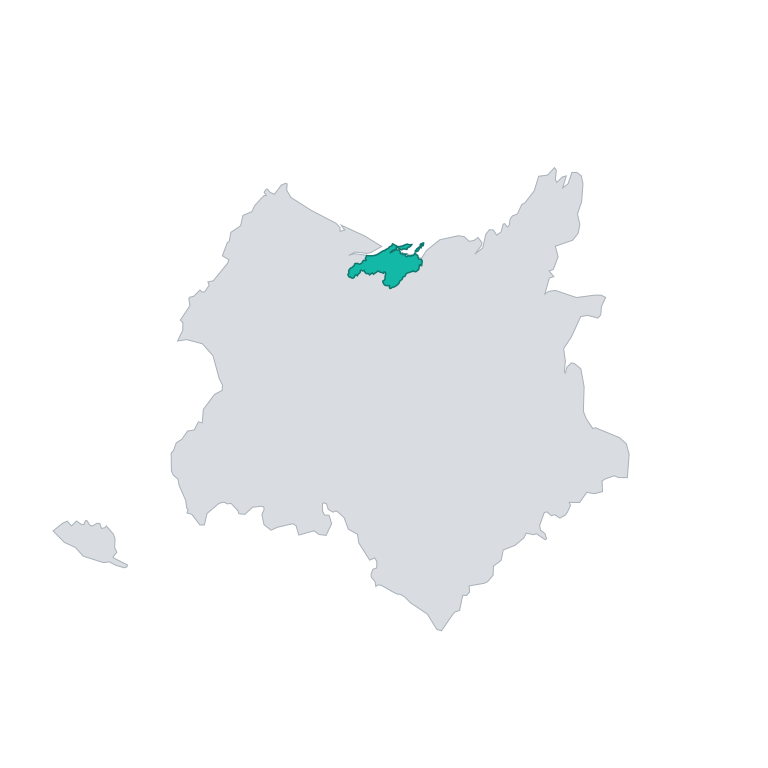 Charente-Maritime highlighted on a map of France, rotated 110°
{"feature_id": "FRA-5278", "entity_name": "Charente-Maritime", "entity_type": "Metropolitan department", "adm_level": 1, "iso_a3": "FRA", "parent_name": "France", "parent_adm1": "", "projection": "mercator", "projection_center": [-0.827, 45.732], "detail": "fine", "context": "in_parent", "style": "filled", "palette": "teal", "viewbox_px": 768, "rotation_deg": 110, "n_neighbors": 0, "source": "natural_earth", "source_scale": "10m", "svg_char_len": 7713}
<svg xmlns="http://www.w3.org/2000/svg" viewBox="0 0 768 768"><g transform="rotate(110 384 384)"><path d="M577.1,322.4L572.7,324.9L569.9,329.9L567.1,331.1L561.9,331.1L559.4,328.0L553.2,330.0L550.7,333.2L554.4,337.2L542.0,353.3L534.3,357.5L532.6,367.9L523.3,375.7L519.9,383.9L519.6,385.5L521.9,388.2L520.9,393.5L516.3,397.0L516.3,400.4L517.6,400.8L524.8,398.1L527.5,395.0L526.1,390.7L533.2,385.4L546.1,386.7L547.6,393.7L545.9,399.6L555.1,412.4L547.1,418.3L546.6,422.2L554.9,434.9L560.0,440.2L557.3,448.6L548.5,454.1L543.0,453.7L540.6,455.0L540.9,457.6L544.7,465.3L554.1,470.2L555.5,476.0L552.9,478.1L548.6,486.7L550.4,491.0L549.7,492.8L550.7,495.8L553.2,498.6L566.2,506.0L577.9,504.6L579.4,508.8L572.2,520.0L572.6,525.0L569.0,525.1L568.3,526.8L561.1,530.6L549.4,541.8L543.9,545.1L541.7,550.8L538.5,554.0L521.7,560.4L518.5,559.0L510.3,559.1L505.2,555.1L495.4,552.5L492.2,546.6L483.1,545.5L482.6,541.5L469.7,545.1L451.7,539.7L445.3,533.9L440.1,535.5L435.4,540.6L416.0,554.3L408.3,568.4L409.8,584.7L414.2,592.7L402.4,591.5L395.4,593.8L393.5,597.2L376.8,593.2L370.6,596.6L368.9,596.3L366.8,592.9L358.6,589.1L359.8,586.4L358.7,584.0L351.0,582.1L348.3,584.4L345.4,579.7L323.7,572.2L320.2,572.4L318.8,579.7L304.9,579.6L302.9,578.2L293.9,579.8L284.4,572.9L273.8,574.2L267.2,567.1L260.9,566.6L252.0,563.0L247.9,561.1L247.4,559.0L244.8,562.2L241.4,561.4L240.7,560.5L242.8,556.5L243.3,551.9L232.1,548.5L229.1,545.2L229.1,543.4L235.1,541.8L240.5,535.4L245.7,512.0L249.4,484.1L252.1,478.8L255.6,477.4L252.8,473.5L249.4,478.6L251.5,452.8L255.5,433.2L264.9,441.2L267.1,444.7L269.9,456.3L275.2,461.2L271.7,456.5L268.3,441.0L266.2,436.6L251.2,423.6L250.7,420.6L257.3,422.2L254.6,412.4L253.0,391.8L243.9,389.7L229.4,380.9L219.3,365.0L218.1,359.0L220.8,352.7L218.4,348.6L214.2,345.8L217.5,340.4L220.4,339.8L231.0,343.0L222.4,337.8L208.4,339.5L202.9,337.7L201.9,333.9L205.6,329.0L201.0,326.0L193.0,326.7L192.0,325.4L194.3,321.9L192.3,320.6L185.8,321.9L182.1,320.8L178.6,316.8L168.1,315.9L165.7,313.6L151.2,308.9L135.9,309.7L131.7,301.7L122.4,297.8L124.2,295.2L133.5,292.8L135.3,290.5L128.5,287.2L126.1,283.9L138.6,283.1L132.9,279.5L120.9,279.8L119.3,274.9L120.8,269.9L127.8,265.5L145.3,260.6L158.0,260.4L167.0,254.6L175.9,253.1L184.4,255.9L195.9,270.1L205.0,263.9L218.5,264.1L221.3,267.6L225.0,261.1L227.9,264.9L244.5,263.6L240.7,261.1L237.5,255.1L236.9,232.7L228.4,216.3L226.3,210.4L226.8,205.3L236.7,206.2L244.9,204.0L248.9,205.5L249.9,216.1L253.3,222.2L276.2,224.1L289.4,227.3L300.5,221.4L310.9,218.7L311.7,217.3L305.7,217.9L300.2,215.3L299.5,212.5L302.4,204.2L318.2,195.0L341.5,187.3L347.5,182.1L354.4,172.6L352.8,170.2L353.9,144.3L357.3,135.8L366.2,129.6L388.8,123.3L391.7,131.6L391.5,136.3L397.5,143.6L400.5,145.9L410.4,141.9L415.1,148.7L416.5,156.4L428.4,159.6L431.9,169.5L434.1,167.3L441.5,167.8L445.0,168.6L449.9,172.9L448.4,178.9L450.5,181.7L448.5,187.2L449.9,189.4L463.6,189.4L467.7,187.0L469.5,181.6L473.7,178.3L475.2,179.3L472.6,189.5L474.5,192.1L475.5,199.3L480.6,199.9L490.7,205.6L499.2,215.2L509.6,213.6L517.8,218.9L526.3,216.1L534.3,219.0L537.1,221.8L544.6,235.0L550.3,232.4L554.4,234.0L555.7,237.8L571.0,235.5L573.8,239.2L577.0,240.6L596.3,245.6L596.5,250.5L585.4,264.6L580.5,284.4L577.2,291.3L576.0,296.4L576.9,299.8L576.3,305.2L574.0,317.9L575.3,321.6L577.1,322.4ZM646.1,573.9L645.1,581.3L647.8,586.6L648.7,607.8L643.2,617.9L642.2,630.2L635.2,644.7L624.5,638.2L621.2,634.7L624.2,629.1L617.9,626.1L619.4,620.7L618.7,618.0L614.4,617.7L614.1,616.3L617.3,612.1L617.3,609.5L613.1,606.2L612.3,603.3L616.3,600.1L614.5,597.1L612.3,596.4L617.7,586.8L621.5,583.8L630.0,581.1L633.4,577.5L639.0,579.5L639.9,578.5L641.8,563.2L643.7,563.0L645.5,565.0L646.1,573.9ZM251.9,413.5L250.6,418.2L244.8,410.2L244.1,405.8L251.9,413.5Z" fill="#d9dde1" stroke="#a8b0b8" stroke-width="1"/><path d="M269.3,444.3L268.8,442.3L267.6,438.9L266.8,437.5L266.0,436.1L264.3,434.2L259.1,430.3L258.9,430.1L258.8,429.1L258.6,428.9L257.3,428.4L255.4,426.5L254.2,426.0L253.5,425.9L252.9,425.5L252.4,425.0L252.0,424.4L251.3,423.8L250.0,424.1L249.3,423.8L249.9,420.1L249.9,419.5L252.4,418.7L253.1,418.7L255.5,421.5L255.9,421.8L256.3,422.2L258.9,423.4L258.1,422.5L254.8,419.8L253.8,418.7L253.6,418.2L253.6,417.6L253.4,416.8L253.2,416.0L252.8,415.4L253.3,415.2L253.5,414.9L253.7,414.6L253.9,414.4L254.3,414.0L254.9,413.6L255.2,413.6L255.5,413.6L255.9,412.9L255.9,412.4L255.6,411.8L255.4,411.3L255.1,411.1L255.3,410.9L255.7,410.5L255.9,410.3L255.3,409.9L254.9,409.2L254.4,407.5L255.1,408.0L255.8,408.0L256.2,407.6L256.7,406.7L256.7,406.4L256.5,406.1L256.3,405.9L256.0,405.7L255.3,405.4L255.2,405.0L255.2,404.5L254.9,403.7L254.9,403.2L254.7,402.9L254.3,402.8L254.1,402.7L253.9,402.4L253.7,402.3L253.7,402.0L254.1,401.6L253.3,400.9L253.0,400.9L252.8,400.8L252.8,400.5L252.9,400.3L252.8,400.1L252.6,400.1L252.1,400.1L251.7,400.0L251.4,400.0L251.1,399.9L250.7,399.6L250.7,399.1L250.9,398.6L251.3,398.2L251.6,397.9L251.4,396.9L251.8,396.2L254.4,394.6L254.7,393.9L254.6,393.5L254.5,393.0L254.4,392.3L254.0,391.8L254.2,391.5L254.9,390.6L255.1,390.3L255.5,390.1L257.7,389.6L258.5,389.5L258.9,389.4L259.6,389.1L259.9,389.1L260.1,389.5L260.1,389.9L259.9,390.3L259.6,390.5L259.4,390.9L259.6,391.1L259.9,391.3L260.6,391.3L261.0,391.3L261.4,391.1L262.6,390.9L262.8,390.8L263.4,390.6L264.0,390.6L264.9,390.7L267.5,392.4L267.8,393.1L268.0,393.9L268.0,394.7L267.7,395.4L268.7,396.1L271.9,400.2L272.7,400.8L273.6,401.0L275.1,401.0L275.8,401.4L276.6,402.3L277.3,403.0L279.0,402.7L279.8,402.9L281.7,404.3L284.2,404.4L285.8,405.0L288.9,407.2L290.8,409.7L291.6,410.0L292.2,411.1L291.7,411.8L290.7,412.2L289.9,412.3L289.8,412.6L290.8,415.8L290.9,416.6L290.7,417.4L290.1,418.4L289.0,419.6L287.9,420.3L287.1,420.0L286.3,419.1L285.4,418.9L282.3,419.8L280.2,420.0L279.3,420.2L278.7,420.9L278.5,422.2L280.1,422.2L280.0,423.2L280.2,426.1L279.9,427.9L279.9,428.6L281.1,429.0L284.5,431.5L284.2,431.9L283.8,432.7L283.5,433.1L286.4,434.8L285.7,436.1L285.6,436.4L286.3,438.4L286.0,439.4L285.4,440.3L284.0,441.4L284.9,442.3L285.1,442.8L285.1,443.0L284.9,443.7L284.9,444.5L285.2,445.0L285.6,445.1L286.2,444.8L287.5,444.6L290.1,446.0L291.4,446.0L291.2,448.2L294.1,448.5L295.2,449.4L295.5,451.1L295.4,451.2L295.0,451.9L295.0,452.1L295.2,452.5L295.4,453.0L295.4,453.3L295.2,453.6L295.0,453.8L294.2,454.9L293.2,455.4L292.2,455.0L291.6,455.1L290.1,455.7L289.5,455.9L289.0,455.9L287.1,455.3L286.6,455.1L286.2,454.8L285.5,454.0L285.2,453.7L284.6,453.4L284.1,453.3L282.9,452.5L282.5,452.4L281.5,452.7L281.1,452.6L280.9,452.5L280.6,452.1L280.1,451.3L280.0,451.0L279.9,450.6L279.8,450.3L279.8,449.9L279.8,449.6L279.9,448.5L279.8,448.1L279.6,447.7L279.1,447.2L278.1,446.4L277.5,446.1L277.0,446.0L276.6,446.0L276.1,446.0L275.3,445.8L274.9,445.5L274.6,445.2L274.5,444.1L274.4,443.8L274.2,443.4L273.9,443.0L273.5,443.0L273.3,443.2L273.1,443.4L272.9,443.8L272.8,444.1L272.6,444.3L272.3,444.4L271.9,444.5L270.6,444.2L269.3,444.3L269.3,444.3ZM250.3,411.4L250.2,411.9L250.5,412.3L251.6,412.9L251.9,413.4L251.9,413.8L251.6,416.1L251.3,417.5L250.7,418.3L250.1,418.0L249.5,416.2L249.2,415.5L248.8,414.7L246.7,412.3L245.9,411.7L245.1,410.7L244.5,409.7L244.6,409.2L244.7,408.7L244.3,407.4L243.5,405.6L244.6,405.8L245.9,406.4L247.0,407.4L247.9,408.3L248.3,408.6L248.8,408.4L249.3,408.3L249.8,408.9L250.0,409.5L249.9,410.1L249.9,410.7L250.3,411.1L250.3,411.4ZM248.0,400.1L247.9,399.9L247.7,399.8L246.0,399.5L242.4,397.2L240.4,397.6L239.8,397.4L238.3,395.6L237.9,395.3L237.9,395.0L240.0,394.5L240.7,394.6L241.0,394.8L241.1,395.1L241.2,395.4L240.9,395.7L240.0,395.4L239.7,395.3L240.3,396.5L241.3,396.4L242.3,396.0L243.2,395.7L243.2,396.1L242.7,396.1L242.7,396.5L243.3,396.8L247.1,397.4L247.9,398.0L248.6,398.8L249.1,399.8L248.7,399.8L248.4,399.9L248.0,400.1Z" fill="#14b8a6" stroke="#0f766e" stroke-width="1.5"/></g></svg>